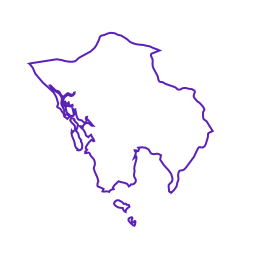 outline of Kaôh Kong, rotated 347°
{"feature_id": "KHM-1779", "entity_name": "Kaôh Kong", "entity_type": "Province", "adm_level": 1, "iso_a3": "KHM", "parent_name": "Cambodia", "parent_adm1": "", "projection": "orthographic", "projection_center": [103.349, 11.344], "detail": "fine", "context": "isolated", "style": "outline", "palette": "violet", "viewbox_px": 256, "rotation_deg": 347, "n_neighbors": 0, "source": "natural_earth", "source_scale": "10m", "svg_char_len": 5689}
<svg xmlns="http://www.w3.org/2000/svg" viewBox="0 0 256 256"><g transform="rotate(347 128 128)"><path d="M63.7,91.4L65.5,88.6L65.1,81.7L63.7,76.9L60.3,71.8L55.3,64.7L49.9,54.2L48.8,48.1L46.9,43.9L46.2,43.1L48.0,43.1L74.1,45.0L78.7,46.9L81.1,48.3L84.1,49.6L87.1,50.6L89.3,51.0L91.3,51.0L92.6,50.6L95.7,48.7L97.7,48.1L108.8,45.0L113.5,42.4L115.8,40.2L119.2,36.0L120.7,33.5L121.8,32.3L122.8,32.0L125.9,32.0L129.2,31.4L132.2,31.3L135.4,32.3L136.3,32.7L137.1,33.2L138.4,34.5L139.1,34.9L142.0,36.3L142.3,36.5L147.1,41.3L149.0,44.1L150.0,45.1L151.0,45.9L153.5,47.5L155.4,48.4L158.8,49.7L160.8,50.2L162.8,51.1L163.1,51.4L166.8,53.0L167.9,53.6L170.5,55.7L175.0,58.6L176.3,59.6L167.9,60.8L167.4,61.1L167.2,61.2L167.0,61.5L166.8,61.9L166.7,62.7L166.8,63.6L166.9,64.5L167.2,65.4L167.3,66.5L167.2,68.0L166.5,70.4L166.2,71.8L166.0,73.1L166.2,75.4L168.5,84.0L168.6,85.2L168.5,87.3L168.6,88.3L168.8,89.1L169.1,89.7L169.5,90.1L169.9,90.4L171.1,90.8L172.0,91.1L174.4,93.4L182.8,98.7L183.9,99.8L184.8,101.3L185.3,101.7L185.7,101.9L187.3,102.3L187.9,102.2L189.1,101.8L190.1,101.6L191.5,101.6L193.6,102.1L195.6,103.3L199.0,104.5L201.2,106.6L201.3,107.3L201.2,108.1L199.9,110.0L199.2,111.5L199.2,112.5L199.4,113.5L201.2,117.1L201.6,117.8L203.2,119.4L204.2,121.0L205.8,124.0L206.4,125.7L206.6,126.9L206.4,127.5L206.0,128.0L205.1,128.9L204.6,129.8L204.2,131.2L203.7,134.0L203.6,135.3L203.6,136.1L204.0,136.8L204.3,137.1L205.3,138.3L206.1,139.2L209.8,150.0L205.8,150.9L205.3,151.2L204.7,151.6L203.9,154.6L203.8,154.8L200.4,160.8L198.7,162.9L198.1,163.2L196.9,163.7L195.9,163.7L195.0,163.4L194.2,163.0L193.3,162.7L192.7,162.8L192.1,163.2L191.0,164.3L185.8,170.9L175.6,179.6L173.7,180.9L172.8,181.2L172.0,181.4L171.4,181.4L168.9,181.2L168.1,181.7L167.4,182.5L166.5,184.4L166.2,185.5L166.0,186.3L165.9,187.9L165.8,188.8L165.6,189.3L165.3,190.0L163.5,192.9L162.7,194.6L162.5,195.1L162.3,195.6L161.7,196.3L158.9,198.8L155.7,200.7L155.7,200.2L154.2,199.7L153.8,198.9L154.5,193.7L154.9,192.7L155.8,191.9L157.2,191.1L158.7,190.1L159.7,188.4L160.0,187.0L159.7,182.3L157.9,178.1L154.5,172.0L152.2,166.0L154.0,161.9L151.7,160.1L150.6,159.6L147.1,159.3L145.6,158.6L144.6,157.7L143.2,153.4L140.6,151.2L137.2,149.9L133.6,149.5L133.8,149.9L133.9,150.0L134.0,150.1L134.4,150.3L132.8,152.8L132.0,152.8L131.4,152.0L131.0,151.7L129.5,151.2L129.5,152.0L130.2,153.4L129.5,155.2L127.1,158.7L129.5,157.6L129.7,158.8L128.8,161.0L125.8,166.6L125.0,168.8L124.7,171.5L123.4,174.7L123.1,176.1L123.2,177.3L123.8,179.2L123.9,180.6L123.2,182.4L121.6,183.6L119.7,184.0L118.2,183.6L117.7,184.1L117.1,184.5L115.7,185.1L114.7,182.3L112.2,180.6L109.3,179.3L106.8,177.8L101.9,180.7L99.9,182.6L100.3,184.4L98.6,184.3L97.2,184.6L96.1,185.1L95.4,186.0L93.1,184.9L90.3,184.6L88.9,184.0L90.5,181.9L86.8,179.0L85.9,178.6L85.2,177.6L85.7,175.5L86.7,173.6L87.2,173.1L87.0,169.4L85.8,163.2L85.5,159.9L85.9,158.7L86.8,157.5L87.6,155.8L88.0,153.6L87.8,151.6L87.3,150.1L85.6,147.0L85.3,146.1L85.1,145.1L84.9,144.1L84.4,143.3L83.6,143.0L81.3,143.0L80.7,142.9L80.9,141.5L82.3,140.7L83.3,139.9L82.3,138.7L82.3,137.9L83.2,136.5L86.4,133.4L89.8,131.3L91.3,133.0L92.1,133.0L91.9,131.1L90.8,128.0L90.5,126.3L88.8,127.0L88.0,127.4L87.3,128.0L85.8,126.5L85.3,125.1L85.3,123.6L84.8,121.3L84.1,119.5L82.3,117.0L81.5,115.4L82.5,115.7L82.9,115.8L83.0,116.1L83.2,117.2L84.0,117.2L84.7,115.8L85.9,114.8L87.5,114.1L89.3,113.9L90.9,114.5L92.8,117.4L94.6,118.0L90.8,110.9L89.7,109.7L90.3,108.4L90.5,108.0L89.7,108.0L89.4,108.5L88.9,109.7L89.4,110.7L89.2,111.8L88.4,112.7L87.3,113.0L86.1,112.4L84.7,110.2L81.5,108.6L80.7,106.0L80.6,103.0L80.7,100.6L79.9,101.4L80.3,98.9L80.7,98.0L79.6,98.0L79.1,97.6L78.3,96.3L78.4,100.5L78.1,102.4L77.5,103.9L76.7,103.9L75.4,103.4L73.7,103.8L72.1,104.7L71.0,105.5L68.5,102.1L71.0,100.5L71.6,101.3L73.4,103.0L74.3,103.0L73.8,101.8L72.5,100.2L71.8,98.9L71.8,93.9L73.2,92.6L74.8,93.2L76.8,94.1L79.1,93.9L79.1,93.0L77.6,93.2L76.4,92.8L75.5,92.2L75.0,91.4L75.0,90.6L75.9,90.6L75.9,89.7L74.7,90.3L74.3,90.6L73.4,90.6L73.2,89.7L72.7,88.1L71.8,88.1L71.8,90.6L71.0,89.7L71.0,92.3L70.2,92.3L70.4,88.9L71.1,86.4L72.3,84.5L74.3,83.1L75.5,82.6L76.5,82.3L77.5,82.6L78.7,83.5L80.2,84.2L81.8,83.8L83.3,82.8L84.0,81.5L83.3,81.5L82.2,83.0L80.6,82.9L78.8,81.8L77.5,80.6L76.7,80.6L71.8,83.1L71.2,82.4L70.3,80.8L69.7,79.1L69.4,77.7L68.7,76.7L66.0,75.2L62.0,69.0L61.3,69.0L63.0,73.0L68.8,79.2L70.2,83.1L70.0,85.1L68.6,88.7L68.5,90.5L69.8,95.7L69.6,97.9L68.5,100.5L68.3,99.0L67.2,96.8L66.9,95.1L66.5,94.3L64.4,92.3L63.7,91.4ZM78.3,126.3L78.8,127.6L79.4,128.7L79.7,129.5L79.0,130.4L79.6,132.1L79.6,134.3L79.0,136.5L78.3,137.9L76.6,138.7L74.8,138.7L73.6,138.1L74.2,137.0L72.9,135.7L72.5,133.2L72.6,128.7L71.7,123.6L71.7,120.6L72.6,118.0L72.8,118.5L73.1,119.1L73.3,119.6L74.7,118.5L75.8,118.4L76.8,119.1L78.2,122.1L78.3,123.4L78.2,124.7L78.3,126.3ZM109.1,202.2L109.7,202.7L110.7,202.8L111.6,203.4L111.7,205.1L110.1,205.7L108.7,206.4L107.5,207.5L106.8,209.3L105.8,208.4L105.2,207.0L104.9,205.7L104.7,205.1L104.8,204.8L101.0,203.4L99.2,201.9L97.8,200.2L97.4,198.4L98.6,196.8L101.0,195.9L103.0,196.5L104.6,197.9L106.0,199.3L106.2,199.7L106.5,200.6L106.8,201.0L107.5,201.2L108.2,201.1L108.9,201.3L109.1,202.2ZM77.5,108.8L78.1,110.0L79.4,112.0L79.9,113.0L79.9,113.9L79.4,114.7L78.0,117.3L77.5,118.0L76.3,117.9L76.2,116.7L76.7,113.9L75.6,111.9L74.1,109.6L73.4,107.4L75.0,105.5L77.0,106.7L77.5,107.2L77.8,107.8L77.7,108.4L77.6,108.8L77.5,108.8ZM113.5,220.0L113.8,220.1L114.1,220.5L114.1,221.4L113.6,222.4L113.1,223.7L112.3,224.7L111.0,223.9L108.5,220.1L107.7,218.2L108.2,216.5L109.8,215.9L111.1,215.7L111.8,216.0L112.0,216.8L110.9,218.5L110.8,219.0L110.8,219.6L111.0,220.6L111.6,221.2L112.4,221.2L113.2,220.5L113.5,220.0Z" fill="none" stroke="#5b21b6" stroke-width="2"/></g></svg>